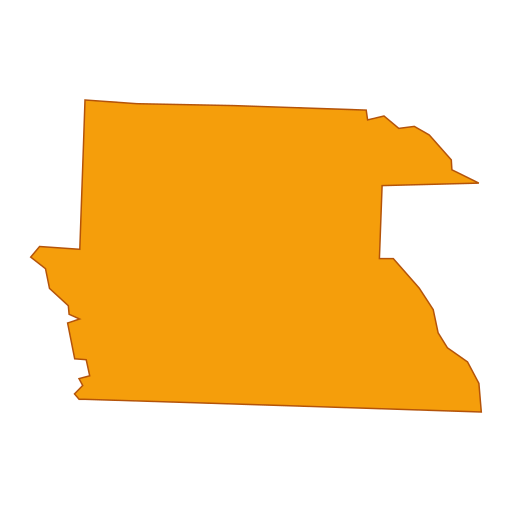 Dallas, Arkansas, United States of America (Albers equal-area conic projection)
{"feature_id": "52423323B82335716857681", "entity_name": "Dallas", "entity_type": "district", "adm_level": 2, "iso_a3": "USA", "parent_name": "United States of America", "parent_adm1": "Arkansas", "projection": "albers", "projection_center": [-92.654, 33.975], "detail": "fine", "context": "isolated", "style": "filled", "palette": "amber", "viewbox_px": 512, "rotation_deg": 0, "n_neighbors": 0, "source": "geoboundaries", "source_scale": "gbopen_adm2", "svg_char_len": 641}
<svg xmlns="http://www.w3.org/2000/svg" viewBox="0 0 512 512"><path d="M233.9,105.6L136.8,103.7L85.0,100.0L83.3,149.9L79.8,249.3L39.6,246.5L30.7,257.1L45.5,268.7L49.5,288.4L68.3,305.7L69.1,314.3L79.6,319.0L67.6,323.0L74.7,358.8L86.2,359.7L89.7,375.8L79.0,378.6L82.7,385.5L74.5,393.9L79.1,399.3L84.8,399.3L300.5,406.1L302.3,406.2L481.3,412.0L478.9,383.4L467.5,361.9L447.4,347.8L438.1,332.8L433.2,309.6L419.2,288.1L393.3,258.6L379.4,258.6L382.1,185.6L478.8,183.1L451.9,169.8L451.3,159.9L437.6,144.4L429.3,135.0L414.3,126.4L398.8,128.4L384.0,116.0L367.6,119.9L366.2,110.1L233.9,105.6Z" fill="#f59e0b" stroke="#b45309" stroke-width="1.5"/></svg>